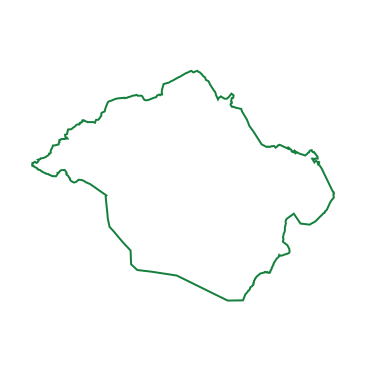 Eidskog nor, Hedmark, Norway, rotated 61°
{"feature_id": "86288312B42722797095637", "entity_name": "Eidskog nor", "entity_type": "district", "adm_level": 2, "iso_a3": "NOR", "parent_name": "Norway", "parent_adm1": "Hedmark", "projection": "orthographic", "projection_center": [12.097, 59.991], "detail": "fine", "context": "isolated", "style": "outline", "palette": "green", "viewbox_px": 384, "rotation_deg": 61, "n_neighbors": 0, "source": "geoboundaries", "source_scale": "gbopen_adm2", "svg_char_len": 5809}
<svg xmlns="http://www.w3.org/2000/svg" viewBox="0 0 384 384"><g transform="rotate(61 192 192)"><path d="M311.5,199.9L307.4,195.0L306.5,192.2L305.6,190.6L305.6,189.5L304.4,187.9L303.6,187.1L303.6,185.7L303.3,184.6L302.9,184.0L303.0,183.5L302.7,183.1L301.6,182.7L301.5,182.1L301.1,181.9L301.0,181.6L299.9,181.0L299.0,179.3L298.3,178.7L298.1,177.9L297.4,176.7L297.4,176.3L297.2,176.0L297.2,175.6L296.8,173.7L296.7,173.5L296.6,172.5L296.4,172.0L297.5,167.6L297.2,167.0L297.5,166.5L298.0,166.4L298.3,166.0L298.3,165.6L298.6,165.4L298.6,164.8L299.7,164.4L299.7,164.1L300.1,163.8L300.2,163.2L300.0,162.9L300.1,162.7L299.6,162.0L299.0,161.8L299.0,161.5L298.7,161.2L298.4,160.4L298.1,160.2L298.0,159.9L297.8,159.5L296.9,159.0L296.4,157.9L295.5,157.0L295.1,156.0L294.5,155.8L294.2,155.1L293.6,154.6L293.0,153.3L291.3,150.3L291.0,148.6L291.0,148.2L290.8,147.8L289.6,146.5L290.1,146.5L290.4,146.3L290.4,145.4L290.9,145.0L291.1,144.1L291.3,143.8L291.6,141.1L292.0,139.9L292.0,139.1L292.2,138.8L292.2,138.2L292.4,137.4L292.3,136.6L291.7,135.7L289.0,134.5L284.7,134.4L279.6,136.6L277.2,134.6L276.0,134.6L272.9,131.9L271.4,130.0L269.9,128.9L268.5,128.3L264.8,125.0L263.5,124.7L262.9,124.2L262.2,123.5L261.5,122.4L261.3,121.5L260.3,113.5L272.2,112.4L277.6,104.9L277.5,102.6L277.6,99.6L277.4,97.9L274.3,87.2L274.5,86.6L274.5,86.1L274.2,85.7L273.6,85.4L273.0,82.8L268.4,76.6L266.9,74.1L265.7,70.7L263.4,69.8L262.9,69.3L262.3,69.3L262.1,69.1L262.0,68.5L260.8,68.2L260.3,68.3L260.1,68.6L257.3,68.5L234.4,67.2L230.8,67.5L229.4,68.3L228.7,67.5L228.4,66.8L227.9,66.5L227.7,66.8L227.6,67.7L227.6,67.9L227.1,67.7L226.8,67.2L226.5,67.8L224.8,68.5L225.1,69.9L225.4,70.6L221.1,70.7L221.3,70.2L222.5,69.0L222.5,68.1L222.9,67.7L222.8,67.4L222.9,66.7L223.7,66.0L222.9,65.4L221.9,65.1L216.3,65.9L216.3,66.4L215.5,66.8L215.5,67.0L214.3,67.3L213.6,67.0L213.3,67.3L213.2,67.8L213.3,67.9L213.0,68.6L213.1,68.8L213.1,69.2L213.8,70.1L214.1,70.3L213.9,71.4L214.1,71.7L214.6,73.3L214.7,74.4L214.9,75.3L211.3,78.7L209.6,80.1L208.1,80.9L208.2,81.3L208.4,82.7L207.4,83.1L206.6,81.9L205.4,82.3L206.0,84.4L204.8,85.2L204.0,84.6L203.4,84.7L199.6,86.2L199.6,86.8L200.7,87.0L193.2,92.4L193.2,93.3L193.0,93.6L193.2,93.8L193.1,94.0L193.2,95.0L193.6,95.7L193.7,97.4L192.0,97.7L191.3,98.2L191.1,98.8L191.0,99.4L190.8,99.8L190.8,100.0L190.4,100.4L190.5,100.9L190.3,102.1L190.0,102.7L189.3,103.0L188.9,104.8L184.1,108.0L169.3,108.9L162.1,109.8L155.7,108.9L146.1,109.2L143.2,108.7L140.5,111.7L139.5,112.7L139.3,113.2L138.2,113.9L137.4,114.8L137.0,115.7L136.6,115.8L136.2,115.6L135.3,116.0L134.5,116.0L133.7,115.5L133.6,114.3L133.1,113.7L132.7,113.6L132.4,114.0L132.0,114.0L129.5,112.1L129.2,111.6L129.6,110.7L129.5,110.2L128.8,109.6L127.6,108.8L126.9,109.0L125.1,109.9L126.6,113.3L127.3,116.3L126.1,118.4L122.4,120.4L122.6,121.4L122.5,121.9L122.7,122.0L122.8,122.8L122.8,123.1L123.6,124.4L119.1,124.0L115.6,123.2L114.6,123.6L111.6,123.8L106.5,124.1L103.7,123.8L102.6,124.1L100.9,125.4L97.9,125.1L95.9,126.1L93.7,126.3L92.5,126.9L91.6,126.9L89.9,128.2L88.5,128.7L88.0,132.9L85.8,133.8L85.4,135.7L85.5,136.4L85.1,140.4L85.2,144.2L85.3,144.7L85.3,147.2L85.1,148.9L85.2,154.3L85.0,157.0L85.1,159.2L83.8,164.5L88.4,169.0L90.0,170.0L92.2,170.9L91.8,171.9L91.9,172.8L91.3,172.8L90.9,174.0L90.7,174.2L90.8,175.9L91.7,177.3L91.5,177.8L91.1,179.8L90.4,185.1L90.2,186.2L89.4,187.8L88.8,188.6L87.8,189.1L84.1,189.1L83.5,189.3L83.1,189.8L81.6,192.6L81.3,192.9L80.3,193.3L80.1,193.6L80.0,194.7L79.6,195.3L79.4,196.3L78.9,197.5L78.8,199.0L78.6,200.4L78.1,201.5L78.2,202.1L78.0,202.6L78.1,203.3L77.6,204.2L77.3,205.5L76.6,205.7L76.5,206.3L74.3,211.1L73.5,213.7L73.0,218.3L72.5,220.5L72.5,221.1L72.6,221.9L75.0,225.0L77.1,227.4L79.0,229.1L79.2,229.6L79.2,230.3L79.0,230.7L79.0,232.8L79.5,233.3L81.5,234.5L81.9,235.7L83.0,237.7L83.4,238.9L82.4,240.9L83.3,242.1L84.4,243.3L83.5,244.1L82.9,244.6L80.7,248.6L80.4,249.4L79.7,249.7L79.1,250.5L77.8,251.2L77.5,251.6L76.7,251.9L76.4,252.4L76.2,252.9L76.3,253.3L76.6,253.5L77.2,253.4L77.5,254.3L77.5,255.2L77.2,255.7L77.3,256.2L77.2,256.6L77.3,256.8L77.7,256.7L77.8,257.4L78.2,257.5L78.3,257.9L77.4,259.3L77.3,260.3L77.5,261.4L78.0,262.9L78.1,264.8L78.6,267.2L77.2,270.0L77.5,270.5L78.6,271.2L79.2,272.0L80.6,272.9L80.7,273.3L80.4,275.3L82.7,276.1L83.1,275.8L83.5,275.2L84.9,275.0L84.3,276.1L83.8,277.9L82.5,280.1L82.4,280.6L82.6,281.8L82.4,282.1L82.3,282.8L82.8,283.0L82.8,283.3L83.0,283.5L83.5,283.7L84.3,283.8L84.6,284.8L85.7,285.5L85.5,286.5L84.7,289.4L83.9,291.1L84.3,291.4L85.9,293.4L86.8,295.0L87.7,295.8L89.1,296.4L89.5,297.7L89.1,298.3L89.3,298.6L89.8,298.8L90.2,300.0L90.3,301.1L90.3,301.9L90.5,302.9L90.2,305.6L89.2,308.1L89.7,308.7L89.1,311.0L90.0,310.7L90.2,310.8L90.8,312.3L91.1,312.6L91.0,313.2L91.2,313.7L91.1,314.0L89.6,314.5L89.4,314.8L89.6,316.0L89.5,316.4L89.7,316.8L89.3,317.5L90.2,318.0L90.7,318.7L91.8,318.9L91.8,318.5L92.2,318.0L93.5,317.7L96.0,316.0L96.9,315.8L97.2,316.0L97.8,315.7L98.1,315.5L98.1,315.2L99.6,314.0L100.6,313.7L101.2,313.2L102.1,313.0L104.0,311.4L104.8,311.2L105.1,310.7L106.5,309.4L106.7,308.9L108.0,308.4L108.3,308.0L110.2,306.6L110.8,306.0L111.0,305.3L111.4,305.0L112.3,303.2L111.6,301.9L111.2,300.9L110.6,300.5L110.6,300.0L110.2,300.1L110.3,299.5L110.2,299.3L110.2,298.5L109.6,297.2L109.5,296.3L109.7,295.3L109.9,294.8L110.6,293.7L110.7,293.2L111.1,292.7L112.0,292.4L113.1,292.5L113.8,292.3L114.2,292.6L114.9,292.5L115.4,293.2L115.8,293.4L116.6,293.1L117.6,292.5L119.5,292.5L121.2,292.2L121.4,292.5L122.7,292.7L124.2,292.2L126.5,290.6L126.7,289.9L127.0,288.5L126.4,285.9L126.4,285.0L127.9,282.9L128.9,281.9L130.6,280.7L132.1,280.2L132.9,279.2L133.8,278.8L135.2,277.5L153.6,268.5L154.2,269.8L170.2,276.6L174.0,278.4L182.5,281.0L187.9,279.7L202.2,276.9L213.4,274.1L225.7,280.3L233.7,277.7L241.8,266.4L257.7,245.8L304.2,213.5L311.5,199.9Z" fill="none" stroke="#15803d" stroke-width="2"/></g></svg>